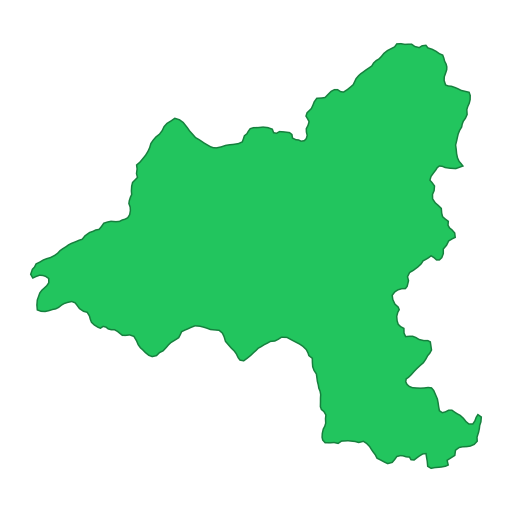 Ponto dos Volantes, Minas Gerais, Brazil (Albers equal-area conic projection)
{"feature_id": "56859067B62392836806132", "entity_name": "Ponto dos Volantes", "entity_type": "district", "adm_level": 2, "iso_a3": "BRA", "parent_name": "Brazil", "parent_adm1": "Minas Gerais", "projection": "albers", "projection_center": [-41.466, -16.842], "detail": "fine", "context": "isolated", "style": "filled", "palette": "green", "viewbox_px": 512, "rotation_deg": 0, "n_neighbors": 0, "source": "geoboundaries", "source_scale": "gbopen_adm2", "svg_char_len": 5952}
<svg xmlns="http://www.w3.org/2000/svg" viewBox="0 0 512 512"><path d="M32.4,269.3L30.7,274.3L32.8,278.0L36.0,276.5L39.6,275.2L43.0,275.5L45.7,276.4L48.7,278.5L48.8,282.7L46.8,285.7L43.8,288.5L41.8,290.3L39.8,293.0L38.5,296.7L37.3,300.0L36.9,305.0L37.3,309.9L41.1,311.3L45.1,311.5L48.7,310.7L52.8,309.4L55.6,308.9L58.6,307.4L61.6,305.0L64.2,303.5L67.6,302.4L71.8,301.5L75.1,302.8L77.0,305.2L79.5,308.6L83.5,311.3L87.2,312.3L89.4,315.9L90.4,319.5L91.5,322.3L94.2,324.9L97.9,327.2L100.4,328.2L103.1,326.4L106.0,327.1L108.2,328.9L111.2,329.7L114.5,329.7L117.5,331.4L119.7,333.2L122.3,335.3L125.5,335.4L129.7,334.9L133.9,336.4L136.6,340.9L138.2,344.7L140.5,347.9L142.6,349.7L145.4,352.6L148.8,355.3L152.2,356.6L156.5,355.6L159.5,352.6L163.1,350.8L166.3,347.4L168.5,344.8L170.8,342.6L174.9,340.1L178.7,337.7L180.3,334.6L181.6,331.7L184.8,330.1L187.5,329.0L190.7,327.5L195.0,325.8L199.9,326.2L203.8,327.2L207.0,328.2L210.4,329.5L214.7,329.9L219.1,330.3L222.4,333.1L224.1,336.7L225.5,341.4L228.5,344.9L231.3,348.1L234.2,350.9L236.3,353.8L238.2,357.7L240.0,360.1L243.7,360.8L247.1,358.3L250.8,355.3L253.7,352.5L256.1,350.4L258.2,348.2L261.0,346.7L264.3,344.6L267.4,343.1L270.4,341.4L274.8,341.0L278.2,339.3L281.5,337.2L287.0,337.4L291.4,339.8L296.0,342.2L299.5,344.0L302.9,346.3L306.3,349.6L308.0,352.9L308.9,355.6L312.3,358.3L312.4,362.6L312.7,366.7L314.0,370.3L316.4,374.0L317.4,381.4L318.3,385.0L318.8,388.1L320.1,391.3L320.7,394.6L320.5,398.1L320.5,401.8L320.4,406.7L321.4,409.5L323.9,411.5L325.9,415.0L325.5,418.6L325.7,423.2L324.8,426.2L323.3,429.0L322.3,433.4L322.1,437.3L322.7,440.0L325.1,442.7L330.2,442.8L334.1,442.5L338.1,443.4L341.5,441.1L345.2,440.9L348.0,440.7L351.5,441.1L355.2,441.5L358.7,442.5L363.4,441.3L366.7,443.5L369.6,446.5L371.4,449.4L373.1,451.9L375.3,454.8L377.0,458.2L380.6,460.0L384.5,462.1L387.7,463.6L392.2,462.4L394.7,459.5L396.8,456.5L400.3,455.6L403.0,455.8L406.1,456.8L409.5,457.1L411.0,459.7L414.1,460.0L416.9,457.8L419.5,455.9L422.8,453.9L426.0,453.6L426.6,457.6L427.2,461.0L427.7,466.3L431.1,468.3L434.7,467.6L438.4,467.3L441.4,467.0L445.6,466.2L448.2,465.0L447.1,460.3L450.7,458.0L454.8,455.4L455.5,450.2L459.1,447.5L462.5,446.8L466.7,446.6L470.2,446.1L474.2,444.4L477.2,441.2L477.0,437.2L478.6,432.1L479.4,428.2L479.7,425.4L480.9,421.8L481.3,417.0L477.9,414.6L476.2,417.3L474.9,420.9L472.8,424.0L468.9,424.0L466.0,421.6L463.4,418.3L460.2,415.4L457.2,413.8L454.7,412.2L451.9,410.2L448.7,410.2L445.4,411.9L442.3,412.7L439.4,410.7L438.7,407.0L438.1,402.9L437.4,399.1L435.7,395.1L433.7,390.5L431.5,387.9L428.1,387.5L424.2,388.0L420.4,388.2L416.5,388.0L412.4,387.7L409.2,386.4L407.0,384.4L405.7,381.8L406.2,378.9L408.5,377.3L411.2,374.7L414.2,371.3L416.8,368.6L420.1,365.5L423.3,362.8L425.7,359.3L427.7,355.6L429.7,353.3L431.5,350.0L430.9,345.9L430.3,341.9L427.8,340.6L423.8,340.6L419.1,339.5L415.8,337.5L412.7,336.3L409.3,336.3L405.6,336.6L404.0,333.0L403.9,328.4L400.7,326.7L398.2,324.3L397.1,320.8L396.7,316.3L397.8,312.2L399.2,309.7L398.2,307.1L394.9,304.1L392.8,299.6L392.2,295.3L394.8,291.9L397.8,289.9L401.7,288.7L405.4,288.6L407.1,286.4L407.8,283.7L408.5,280.7L407.5,276.7L409.6,272.5L413.5,270.2L417.8,267.0L421.2,263.8L423.1,260.8L425.4,259.6L428.3,257.9L431.1,255.8L434.1,257.7L436.5,259.9L439.4,259.9L441.8,257.6L443.3,253.6L443.3,249.0L446.5,245.3L448.7,240.9L452.6,238.6L455.2,237.4L454.7,233.0L451.9,229.8L449.6,228.0L448.0,225.2L448.3,221.3L445.3,219.1L442.6,216.7L441.7,213.2L441.3,208.4L438.4,205.6L435.2,202.8L432.6,198.9L432.5,194.4L434.1,190.6L434.5,186.0L432.2,182.8L429.9,180.2L431.0,176.4L433.3,173.2L435.7,170.1L437.2,167.7L439.3,166.0L442.3,166.3L445.1,167.5L449.8,168.2L455.8,168.6L459.1,167.4L462.9,166.0L461.1,163.7L459.1,161.4L457.5,157.9L456.6,153.7L456.2,149.4L455.6,145.0L456.7,140.5L457.5,136.8L458.2,133.9L459.7,130.2L461.6,127.1L462.2,124.1L463.3,121.2L465.4,118.3L467.1,114.5L466.8,109.6L467.7,106.6L469.2,103.3L470.1,99.7L470.2,95.5L469.1,92.3L465.3,91.4L461.1,90.4L458.0,88.8L455.2,87.6L451.5,86.3L448.3,86.0L445.6,85.0L444.1,80.4L444.3,76.7L445.7,72.8L446.7,69.7L446.8,66.9L446.1,64.1L444.6,61.2L443.8,58.1L442.7,55.1L439.4,53.7L436.0,51.3L432.2,49.3L427.9,47.9L425.9,45.3L422.1,45.8L419.2,47.6L414.8,46.5L411.6,44.2L408.5,44.2L404.9,44.4L400.9,43.7L396.8,43.9L394.6,46.9L391.5,48.5L387.4,50.6L383.9,53.4L381.4,56.5L378.8,59.1L376.3,60.5L373.6,63.0L371.8,66.0L368.9,68.0L365.6,70.2L363.4,71.9L360.8,73.7L358.7,75.6L356.1,78.6L354.7,81.6L353.2,84.7L350.7,86.9L347.5,89.5L343.5,92.1L340.5,91.6L337.6,89.7L334.4,89.7L331.2,91.3L328.0,94.5L325.1,97.5L321.9,98.0L316.8,98.3L314.3,101.7L313.0,105.0L311.4,108.5L309.4,110.5L307.1,112.7L306.0,116.1L307.6,118.8L309.1,121.7L308.0,125.4L306.3,128.7L306.4,132.0L307.2,135.4L306.3,138.6L304.3,140.7L301.1,141.2L298.6,140.0L295.8,139.7L292.5,138.1L291.9,134.5L289.5,132.6L283.8,131.9L279.5,131.6L276.5,133.3L273.6,132.7L272.3,129.2L267.8,127.6L263.1,127.1L258.1,127.6L253.5,127.7L250.2,128.7L248.3,131.3L246.9,133.8L244.4,135.8L243.4,138.9L242.3,141.9L238.5,143.6L233.6,144.4L229.4,144.8L225.7,145.4L221.2,146.9L216.4,147.9L213.2,147.7L210.4,146.7L206.9,144.7L204.0,143.0L201.4,141.2L198.8,139.5L195.5,137.6L192.8,134.5L189.6,131.0L187.4,127.8L185.5,125.4L183.2,122.5L179.5,119.8L174.8,118.3L171.4,120.7L167.0,123.4L164.1,126.6L162.2,130.6L159.6,134.1L155.9,137.0L153.1,140.3L150.9,143.5L149.7,147.6L148.0,151.3L145.7,155.1L142.9,158.6L139.9,162.2L136.6,165.0L137.1,168.9L136.5,173.6L137.5,177.4L134.9,180.1L132.6,182.4L131.7,186.1L131.4,191.0L131.7,194.5L130.5,197.0L129.3,200.7L128.9,203.5L130.2,207.1L130.4,210.6L129.7,214.6L127.8,217.7L125.1,219.2L122.2,220.0L119.5,221.4L115.9,221.7L111.0,221.3L107.6,222.0L103.8,223.2L101.5,226.5L99.1,229.4L95.7,230.0L93.1,231.3L89.6,232.5L85.1,235.7L82.2,239.3L79.2,240.2L76.7,241.3L74.0,242.4L71.4,243.4L68.5,244.9L65.9,246.8L62.8,248.7L60.1,250.6L57.6,253.3L54.7,255.4L50.4,257.6L46.6,258.7L43.3,260.0L39.8,262.1L36.1,263.9L34.5,267.1L32.4,269.3Z" fill="#22c55e" stroke="#15803d" stroke-width="1.5"/></svg>